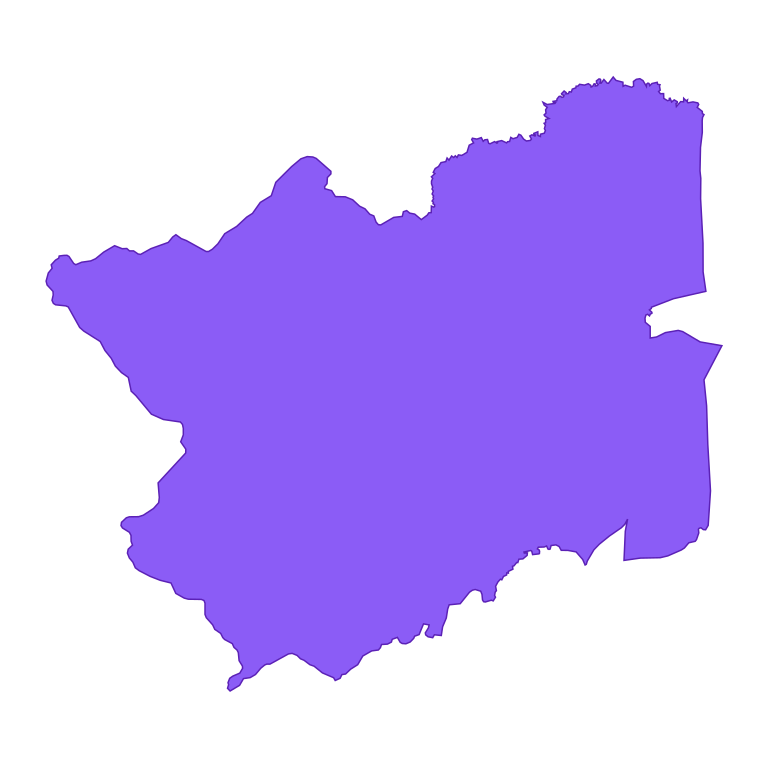 the district of Srinagarindra, Phatthalung, Thailand
{"feature_id": "78962969B8078558348171", "entity_name": "Srinagarindra", "entity_type": "district", "adm_level": 2, "iso_a3": "THA", "parent_name": "Thailand", "parent_adm1": "Phatthalung", "projection": "albers", "projection_center": [99.922, 7.561], "detail": "fine", "context": "isolated", "style": "filled", "palette": "violet", "viewbox_px": 768, "rotation_deg": 0, "n_neighbors": 0, "source": "geoboundaries", "source_scale": "gbopen_adm2", "svg_char_len": 6036}
<svg xmlns="http://www.w3.org/2000/svg" viewBox="0 0 768 768"><path d="M670.1,98.2L669.3,98.4L669.3,100.2L667.6,100.7L663.8,98.4L663.6,93.6L660.4,93.7L658.6,91.5L660.2,90.2L659.5,86.1L660.0,84.7L657.6,84.3L657.2,82.3L652.0,83.5L649.8,85.7L649.0,83.5L647.9,83.1L646.5,84.2L646.4,86.4L643.0,80.6L639.9,78.7L636.3,79.3L633.4,81.5L633.6,86.1L631.7,87.3L625.1,85.2L623.1,86.3L622.9,82.2L616.0,80.4L613.2,77.0L608.5,83.3L607.2,83.2L603.9,79.5L601.1,83.2L599.9,83.1L600.8,80.2L600.3,79.2L599.0,78.9L596.4,80.9L596.6,82.9L598.2,84.5L597.4,85.6L595.3,86.0L595.5,84.1L594.1,83.8L592.6,86.4L591.1,87.0L590.8,85.4L588.3,83.7L584.5,85.1L579.6,84.3L577.9,86.1L576.1,86.2L575.9,87.8L572.3,89.1L571.3,92.0L569.3,91.7L568.4,93.6L565.9,93.8L566.2,92.6L564.1,91.0L561.5,93.7L562.0,94.8L564.0,95.3L563.5,96.9L562.0,97.4L560.2,96.2L559.0,96.5L557.0,99.0L556.8,100.7L553.0,101.4L553.4,102.5L555.5,102.6L555.0,103.4L547.1,104.5L543.0,102.3L544.2,105.1L547.2,107.3L545.6,109.8L546.0,113.1L544.1,114.9L545.1,116.3L549.0,118.5L545.6,119.5L545.6,122.7L544.1,123.3L545.4,125.2L544.4,128.7L545.4,130.5L544.3,133.2L540.4,134.2L540.4,136.5L538.0,135.5L537.8,131.8L533.8,133.4L533.9,134.3L535.4,135.0L535.0,136.0L531.9,134.8L529.8,136.0L531.4,139.0L530.4,140.4L526.4,141.0L523.6,139.1L520.9,135.2L518.9,134.3L517.2,137.4L513.0,138.7L510.8,137.4L509.6,141.5L507.6,141.7L506.6,142.9L501.7,140.6L497.1,141.6L497.6,142.7L496.9,143.2L494.6,141.6L490.0,143.8L488.7,143.3L487.5,139.5L484.8,139.8L483.2,141.3L481.3,137.6L476.9,139.1L472.4,138.2L471.7,139.6L473.6,142.9L469.2,145.2L467.0,152.3L461.8,155.4L458.4,154.9L457.0,157.5L455.3,155.8L453.7,157.5L451.6,156.0L449.0,160.1L447.1,158.0L445.8,161.6L441.0,162.6L438.5,166.5L435.2,168.5L433.2,172.4L434.9,173.6L431.4,176.8L432.7,178.3L431.5,181.1L431.5,183.8L432.7,187.2L432.0,189.0L433.3,191.0L432.1,194.0L433.6,196.0L433.0,197.3L433.6,198.9L432.1,201.0L433.4,202.3L433.0,203.7L434.5,204.6L434.6,206.6L433.7,207.1L431.4,206.1L431.2,212.6L428.8,212.8L427.3,215.1L421.3,219.6L414.7,214.1L409.7,213.1L406.7,210.6L403.4,211.7L402.3,216.4L393.7,217.4L380.8,224.9L378.4,224.7L376.1,222.1L373.8,215.9L369.7,214.2L365.0,208.8L359.6,206.2L352.7,199.8L345.3,196.8L335.4,196.6L331.6,190.6L324.8,188.7L324.6,186.7L327.0,183.7L327.4,177.5L330.9,173.9L330.9,171.3L316.2,158.4L312.9,157.0L307.2,156.6L300.9,158.8L291.6,166.6L275.8,182.3L271.3,195.7L260.3,202.4L252.5,213.4L246.7,217.1L236.7,226.4L224.8,233.6L217.9,243.8L212.4,249.2L208.6,251.5L206.1,251.5L186.4,240.6L181.3,238.6L175.9,234.7L172.7,237.0L168.3,242.4L151.0,248.6L140.6,254.4L138.1,254.0L133.6,250.9L129.5,250.9L126.8,248.5L122.2,248.7L114.6,245.7L103.7,252.1L95.6,258.7L90.8,260.9L81.7,262.2L75.8,264.7L73.7,263.5L69.0,256.5L67.0,255.3L63.7,255.4L59.2,256.0L58.7,258.2L55.5,260.1L51.2,264.8L52.1,268.3L48.3,273.0L46.1,281.1L47.1,285.0L53.0,291.4L53.2,295.0L52.0,300.3L53.4,303.4L55.6,304.8L65.8,305.9L68.2,306.9L79.7,327.5L83.8,331.1L100.2,341.5L105.0,350.6L111.3,358.4L115.4,366.2L121.5,372.6L128.3,377.4L131.2,391.2L135.9,395.6L151.4,414.2L163.4,419.5L180.4,422.0L182.5,424.5L183.3,428.4L183.3,434.9L180.7,441.8L185.8,449.2L185.7,453.0L158.1,482.9L159.3,497.5L158.7,502.7L153.5,508.5L143.3,515.2L138.6,516.7L129.3,516.8L126.3,517.8L121.5,522.3L121.0,525.6L122.5,528.0L129.4,532.3L131.0,535.4L131.1,541.3L132.5,545.1L128.2,549.2L127.4,553.1L129.3,557.9L132.9,562.2L135.3,567.8L139.2,570.7L150.2,576.4L160.2,580.3L171.0,583.0L175.8,593.4L184.2,598.1L188.3,599.2L201.3,599.4L204.0,600.5L205.0,603.2L205.0,614.4L206.3,617.7L212.7,624.9L214.8,629.4L220.7,633.4L222.8,637.6L224.6,639.5L232.3,643.6L234.0,647.4L237.0,650.0L238.3,652.6L239.1,660.7L242.4,666.0L242.6,668.3L239.8,673.1L232.8,676.1L229.7,678.3L228.0,682.7L228.6,684.7L227.5,688.3L230.1,691.0L239.6,685.3L243.5,678.6L250.2,677.6L255.5,674.5L260.8,668.2L264.7,665.0L266.8,664.1L270.0,664.1L288.5,653.9L292.2,653.4L297.1,655.4L300.5,658.8L303.9,660.2L309.9,664.7L314.1,666.2L322.4,672.9L333.6,677.7L335.2,680.5L340.1,678.3L341.9,674.6L345.6,674.0L350.6,669.2L357.7,664.7L362.8,656.0L371.7,650.9L378.4,650.0L380.4,647.7L381.5,644.5L387.5,644.1L391.4,642.1L392.2,639.3L397.4,637.4L400.2,642.3L402.2,643.5L405.9,643.8L410.2,642.0L413.7,638.4L414.6,636.2L419.1,634.6L423.5,623.9L429.1,624.9L428.4,627.9L425.3,632.9L425.7,634.9L428.1,636.8L432.7,637.7L434.4,634.8L441.3,635.5L442.6,626.8L446.3,618.0L447.7,609.0L449.2,604.8L460.2,603.7L469.5,592.2L472.4,590.2L475.2,589.5L480.7,591.2L482.0,594.4L482.5,599.9L483.6,601.7L485.3,602.0L491.3,600.2L493.2,600.9L495.5,597.2L494.6,595.5L495.2,592.1L496.4,590.7L495.6,586.3L497.9,582.0L500.4,579.2L501.8,579.8L503.5,576.4L506.6,575.0L506.8,572.9L508.4,573.1L508.3,571.4L512.9,569.2L512.5,566.3L514.0,565.8L516.7,562.5L517.8,562.6L518.9,559.2L522.9,558.9L527.1,555.4L527.4,552.9L524.3,553.1L524.0,552.0L530.8,550.5L531.8,551.3L532.6,554.6L538.7,553.9L539.4,553.6L539.6,551.3L539.2,550.0L537.4,548.9L538.3,547.2L544.2,547.0L546.6,546.0L547.9,549.0L549.0,549.4L550.1,549.1L551.1,545.5L556.0,544.9L559.1,546.5L561.2,550.3L567.9,550.4L576.1,551.9L582.7,559.5L585.1,565.0L586.3,564.3L587.3,561.0L593.9,549.8L599.3,544.2L609.4,536.0L621.4,527.7L624.8,524.3L627.6,519.1L625.3,531.2L624.0,560.4L640.2,558.1L660.2,557.7L667.8,555.9L681.3,550.0L684.4,548.0L688.8,542.8L695.2,541.3L696.5,539.6L698.8,532.9L698.4,529.2L699.1,528.3L701.0,527.8L703.3,529.6L705.6,529.8L708.2,525.4L710.5,490.9L707.8,444.4L706.6,405.8L704.0,379.8L721.9,345.7L700.1,341.9L682.7,331.6L678.2,330.4L665.4,332.6L656.5,337.0L650.2,338.0L650.2,326.4L645.3,322.3L645.0,318.1L645.9,315.0L647.6,314.3L649.5,315.9L650.3,314.1L651.9,313.3L651.9,312.3L649.4,309.9L651.3,308.5L651.5,307.2L673.5,298.7L705.9,291.3L703.1,271.8L703.0,243.2L700.6,198.7L700.8,178.4L700.0,170.9L700.5,147.4L702.3,132.4L702.2,120.8L702.5,117.5L704.0,114.6L702.4,113.6L702.3,111.4L697.2,107.4L698.7,104.5L697.8,102.9L693.0,101.9L688.0,102.8L687.2,101.8L687.5,99.9L686.2,100.8L683.7,98.3L683.6,101.8L680.7,101.6L676.4,106.5L676.0,103.5L677.3,102.9L677.3,101.7L674.2,99.9L671.6,102.0L670.1,98.2Z" fill="#8b5cf6" stroke="#5b21b6" stroke-width="1.5"/></svg>